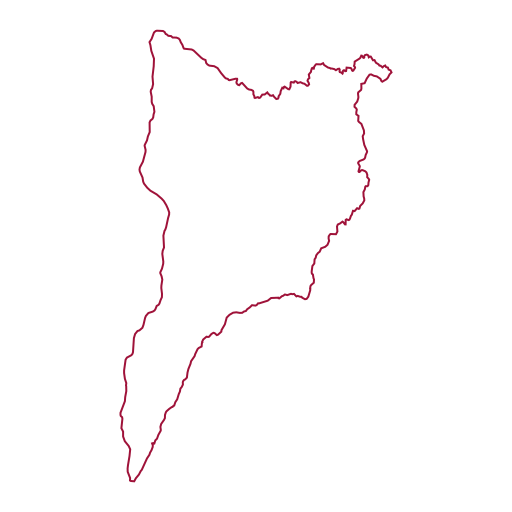 Nariño, Antioquia, Colombia
{"feature_id": "7082276B90486615303500", "entity_name": "Nariño", "entity_type": "district", "adm_level": 2, "iso_a3": "COL", "parent_name": "Colombia", "parent_adm1": "Antioquia", "projection": "equal_earth", "projection_center": [-75.143, 5.553], "detail": "fine", "context": "isolated", "style": "outline", "palette": "rose", "viewbox_px": 512, "rotation_deg": 0, "n_neighbors": 0, "source": "geoboundaries", "source_scale": "gbopen_adm2", "svg_char_len": 5906}
<svg xmlns="http://www.w3.org/2000/svg" viewBox="0 0 512 512"><path d="M126.0,385.4L126.2,386.2L126.3,391.1L125.2,397.1L124.9,401.2L120.5,412.8L120.5,415.0L120.8,416.0L122.1,417.2L122.4,418.8L121.4,428.2L123.1,431.6L123.1,436.5L124.8,441.2L128.7,446.0L130.2,449.3L129.5,456.1L128.0,465.1L127.6,468.5L127.7,471.8L130.1,478.0L130.0,480.5L130.9,481.0L134.2,481.3L135.9,478.2L138.9,474.6L140.7,471.1L141.8,469.8L147.0,458.4L149.4,454.8L150.1,452.6L151.5,450.2L152.7,447.0L152.8,445.3L152.1,443.4L153.1,443.1L153.8,443.7L154.3,443.6L155.3,440.4L157.0,438.7L158.4,434.8L160.7,430.7L160.8,429.9L160.4,426.9L161.2,423.9L164.0,419.9L164.9,418.1L165.0,414.9L165.9,412.2L166.6,411.2L169.2,408.9L171.7,407.1L172.6,406.9L173.4,405.8L174.2,405.6L175.3,402.2L177.2,399.3L178.8,394.0L179.9,391.6L180.4,388.6L181.6,387.2L182.9,384.6L182.8,382.2L183.1,381.2L184.1,379.9L185.2,379.4L186.9,377.6L187.5,372.6L188.4,369.0L190.5,363.8L191.1,361.2L194.6,356.1L195.2,354.1L197.6,349.1L198.7,348.0L201.6,346.5L201.9,343.2L202.4,342.3L202.1,341.9L203.2,339.5L206.5,336.7L208.1,337.0L209.1,336.7L211.4,334.0L213.4,332.8L214.6,333.1L216.8,335.1L218.0,334.7L221.3,331.7L221.5,330.1L224.9,324.3L226.7,317.6L229.5,314.8L233.1,312.7L236.3,312.3L239.8,312.9L242.2,312.8L244.0,311.5L245.9,311.0L247.1,309.3L249.9,307.3L252.0,305.2L255.6,305.6L256.8,304.9L258.1,303.3L259.0,303.4L267.7,300.7L271.1,298.0L278.2,297.7L278.4,298.2L279.3,298.4L281.9,296.2L283.1,295.8L284.9,294.5L287.3,295.1L291.0,293.8L292.3,294.2L294.0,293.9L296.4,296.4L297.7,295.9L300.2,296.8L301.5,296.8L302.2,297.7L305.0,299.2L306.6,298.9L308.3,296.7L310.2,290.4L310.3,288.6L310.1,288.5L310.5,286.0L311.2,285.0L313.8,282.7L314.0,279.4L313.5,278.2L312.9,274.5L312.0,273.8L311.7,272.9L311.7,271.3L312.4,266.0L314.3,263.5L314.6,259.3L315.7,257.7L316.2,255.4L317.9,253.1L319.7,251.7L321.2,248.3L325.2,246.8L327.5,244.8L329.1,240.9L328.6,238.4L328.7,236.3L330.0,234.4L330.6,234.0L336.0,234.2L337.4,231.5L337.0,226.5L337.8,224.5L340.0,223.5L342.5,221.6L343.3,222.2L345.0,224.4L345.6,224.4L345.7,219.9L346.5,219.3L348.5,220.1L349.3,219.8L350.0,218.6L350.9,215.9L351.8,214.7L353.0,210.8L354.6,211.1L357.1,208.2L358.7,208.9L359.4,208.6L360.2,205.9L362.7,203.4L364.3,200.4L364.2,198.6L363.6,196.3L363.4,192.1L364.8,189.4L365.3,186.7L365.7,186.2L367.5,186.2L368.3,185.1L368.5,182.5L369.2,179.8L368.7,178.8L367.2,177.2L367.3,174.9L366.5,172.5L365.3,171.3L362.5,170.1L361.3,170.2L359.5,172.0L358.8,171.9L358.5,171.3L359.8,166.5L359.6,165.7L358.2,163.4L358.2,162.4L359.6,161.0L363.5,159.5L364.5,158.7L365.1,157.7L365.7,154.9L366.9,152.4L367.1,151.3L364.3,144.9L363.1,139.2L362.7,136.2L364.1,133.5L363.9,130.4L361.4,123.9L358.9,121.9L358.2,120.9L358.5,115.9L356.3,114.3L356.3,112.2L356.8,109.7L356.3,108.5L354.5,106.8L354.6,104.8L357.2,101.6L358.2,98.5L358.4,97.1L358.0,93.7L358.2,92.4L361.1,89.9L361.4,88.5L361.3,83.9L364.6,83.2L366.8,78.5L369.5,74.7L371.1,74.4L373.9,75.8L376.8,76.4L380.4,78.8L381.4,81.0L382.3,81.7L386.5,79.2L387.8,77.8L389.6,74.3L391.5,72.4L390.5,70.3L388.6,69.6L387.9,67.6L386.1,67.1L385.2,65.5L383.7,66.2L382.5,67.4L380.6,65.7L379.4,65.6L378.6,64.4L375.9,62.7L374.5,60.1L373.0,60.3L370.8,56.6L369.9,56.5L368.8,57.3L368.1,55.3L366.8,54.6L365.0,55.1L364.1,56.3L364.3,57.3L363.8,57.9L363.1,57.6L361.9,55.7L361.3,55.6L360.3,57.8L359.5,58.6L354.7,61.6L354.5,64.3L354.0,66.0L354.9,67.0L355.1,67.8L353.3,70.6L352.7,70.9L352.1,70.5L351.3,68.5L350.7,68.0L346.6,67.6L346.1,71.0L345.2,71.2L344.0,70.2L343.2,70.6L342.8,71.3L342.8,73.0L342.5,73.6L341.2,72.5L339.8,72.1L339.5,71.3L339.7,69.5L339.2,68.7L337.9,68.9L335.9,70.2L334.3,69.1L331.7,68.5L330.6,68.6L329.9,68.0L328.1,67.6L324.1,65.0L323.1,63.2L320.7,64.4L316.4,64.2L315.8,64.5L314.2,66.7L313.8,68.7L313.4,68.7L312.9,67.8L311.9,68.2L311.1,70.7L311.0,71.8L308.8,74.5L309.4,78.0L308.0,79.3L307.5,80.8L308.7,82.8L309.1,84.3L307.9,85.7L307.0,85.8L304.4,83.7L302.9,83.4L300.5,82.2L297.6,83.0L296.6,81.8L295.2,81.2L294.5,81.4L293.8,82.6L291.1,82.0L290.7,82.5L290.5,86.7L289.3,89.3L288.3,89.2L284.6,86.6L284.0,86.9L283.5,88.3L282.3,87.7L280.7,91.1L280.3,93.8L278.6,96.3L278.5,97.7L277.9,98.7L276.3,99.0L274.1,96.8L273.0,95.2L271.8,95.8L269.9,95.5L269.5,94.7L268.4,94.0L267.3,92.4L264.7,94.5L262.3,94.6L260.3,97.4L259.6,97.9L258.8,97.9L257.9,97.1L255.0,98.0L254.5,97.7L254.3,96.1L253.4,94.3L253.4,91.8L253.0,90.8L251.4,89.9L249.0,89.5L247.2,88.5L242.1,82.9L241.1,83.2L239.2,85.2L238.0,84.8L237.1,83.9L236.7,83.5L236.4,82.2L237.2,79.7L237.1,78.8L235.7,78.7L229.5,80.2L228.7,80.0L227.8,78.9L225.9,78.4L224.8,77.5L221.1,73.1L217.6,68.1L214.2,66.2L209.3,65.6L207.5,64.5L206.2,63.0L205.5,60.0L203.1,59.1L201.3,57.8L193.6,50.5L191.7,49.5L184.1,48.7L183.5,47.9L182.4,44.9L180.8,42.3L179.8,39.8L178.7,38.5L176.4,37.6L172.6,37.5L171.1,36.1L168.3,35.8L166.6,34.3L165.7,34.0L164.6,32.0L163.0,31.0L156.9,30.7L155.6,31.1L154.0,32.5L151.6,38.9L149.5,42.1L150.4,45.1L151.3,50.8L154.0,58.7L153.7,66.4L152.5,76.6L153.1,84.1L152.1,88.4L151.0,89.8L150.7,91.7L151.7,96.7L151.7,101.9L152.2,103.8L153.7,106.2L154.4,111.8L153.6,114.3L153.2,117.4L152.4,119.0L150.5,120.5L149.6,122.4L149.7,132.1L147.9,136.4L147.0,140.4L144.8,144.8L144.6,145.7L145.6,149.9L145.5,152.0L142.9,161.7L139.9,167.4L139.5,169.6L139.8,171.5L142.5,177.5L143.2,181.7L144.0,183.6L147.2,187.7L150.4,190.7L156.7,194.4L161.6,198.6L163.8,201.0L166.3,205.2L167.8,208.5L169.2,212.4L169.1,214.6L168.1,218.0L166.1,227.3L165.3,229.6L164.5,230.9L163.4,235.6L164.0,247.5L162.7,250.8L162.3,253.9L163.3,261.5L163.2,263.8L162.0,268.6L160.3,272.3L160.3,273.2L161.6,276.3L162.3,279.6L161.4,285.6L161.3,288.0L162.0,293.9L161.9,297.2L160.6,300.0L159.4,303.6L158.5,304.9L156.7,305.9L155.4,309.2L154.5,310.5L152.8,311.6L148.4,313.0L145.9,315.9L145.1,317.9L143.5,324.8L142.4,327.8L139.4,330.4L137.5,331.0L135.1,334.0L133.9,338.1L133.0,352.1L132.5,353.8L131.4,355.2L126.9,357.6L125.6,359.7L124.1,370.4L124.1,373.1L124.9,378.8L126.3,383.1L126.0,385.4Z" fill="none" stroke="#9f1239" stroke-width="2"/></svg>